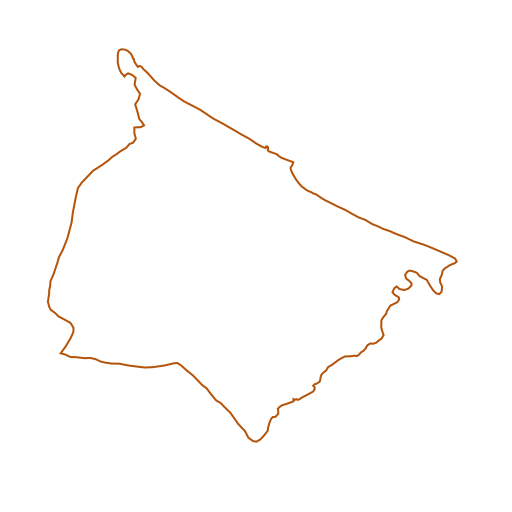 Garraway, Grand Kru, Liberia, rotated 189°
{"feature_id": "62588387B63754413826366", "entity_name": "Garraway", "entity_type": "district", "adm_level": 2, "iso_a3": "LBR", "parent_name": "Liberia", "parent_adm1": "Grand Kru", "projection": "natural_earth1", "projection_center": [-7.918, 4.551], "detail": "fine", "context": "isolated", "style": "outline", "palette": "amber", "viewbox_px": 512, "rotation_deg": 189, "n_neighbors": 0, "source": "geoboundaries", "source_scale": "gbopen_adm2", "svg_char_len": 3846}
<svg xmlns="http://www.w3.org/2000/svg" viewBox="0 0 512 512"><g transform="rotate(189 256 256)"><path d="M216.7,92.9L215.7,97.2L214.4,99.5L211.6,100.2L209.3,103.8L209.9,106.8L210.5,108.5L209.1,110.6L206.8,112.7L203.1,114.5L196.2,118.3L196.6,120.5L195.1,120.0L193.9,121.0L192.9,120.5L191.5,120.7L187.5,124.2L183.7,126.9L180.0,129.8L178.2,131.2L177.2,134.2L177.7,135.7L179.2,136.8L178.1,138.4L175.6,139.8L173.4,142.0L173.2,143.8L173.2,146.8L172.9,148.7L171.2,151.4L168.9,153.7L167.5,157.4L164.0,160.3L161.9,162.5L158.6,165.9L155.4,168.6L152.6,170.6L147.5,171.7L145.3,172.2L143.5,172.9L140.6,173.0L138.8,174.7L137.1,177.4L135.0,179.2L133.1,182.1L132.2,185.0L129.5,187.5L126.4,187.7L123.8,189.1L121.1,192.1L119.0,194.2L117.6,197.9L119.5,201.4L121.1,204.9L121.6,208.4L122.1,212.2L120.8,215.3L118.4,219.3L118.1,222.0L117.4,223.5L115.5,228.1L112.3,230.2L109.2,232.5L107.8,235.5L108.5,237.5L113.1,239.4L115.5,241.4L114.5,245.6L112.3,247.9L109.0,245.8L104.2,245.6L100.3,247.7L97.8,251.4L98.1,253.3L100.9,255.5L104.3,257.3L105.8,260.7L104.0,264.3L101.9,265.7L97.1,265.2L94.4,264.5L91.4,261.8L87.5,260.4L83.6,259.2L79.8,254.3L75.8,250.0L72.3,247.3L68.9,247.1L67.1,249.8L67.4,254.9L70.0,258.9L70.8,261.9L69.5,266.9L69.3,270.7L67.2,273.7L62.7,277.6L58.5,280.0L56.9,281.9L58.8,284.5L65.4,286.9L78.6,290.3L91.3,293.3L102.7,295.1L112.3,298.0L118.7,299.2L123.4,300.3L127.3,301.4L130.6,302.0L131.4,302.1L134.8,302.7L139.7,304.2L146.2,305.7L153.8,308.8L160.4,310.1L167.3,312.5L175.2,315.5L183.5,317.8L195.8,321.7L196.7,321.9L198.2,322.7L199.6,323.1L203.8,325.1L206.1,326.2L207.6,326.5L209.5,326.9L211.2,327.6L213.4,328.1L214.9,328.5L217.4,329.5L219.9,330.9L221.7,331.8L224.9,334.4L228.0,337.4L230.6,340.4L233.1,343.5L234.8,346.2L235.4,347.6L235.7,348.8L234.5,351.0L233.8,354.4L240.0,355.7L246.4,357.0L250.3,358.9L250.5,359.5L251.4,359.7L253.9,360.3L257.0,360.8L259.7,361.4L260.9,362.3L260.8,364.0L261.0,365.2L262.2,366.0L263.1,365.7L263.2,364.3L264.6,364.3L267.7,365.0L273.3,367.1L277.9,369.3L279.4,370.0L281.4,370.9L288.8,373.5L296.6,376.6L309.7,381.6L320.4,385.3L333.6,391.5L342.3,394.5L350.9,397.3L357.6,400.4L365.0,404.1L372.5,407.5L377.9,409.5L383.6,413.2L386.6,415.6L391.5,419.7L396.5,423.0L398.5,424.9L400.7,425.5L401.2,425.2L402.3,424.3L404.7,426.8L405.9,428.1L406.4,428.8L407.6,431.6L408.7,432.1L409.1,433.5L410.4,435.2L411.5,436.5L415.1,438.7L417.7,439.3L421.1,439.2L423.4,437.7L423.7,437.0L424.1,433.8L423.5,430.0L423.3,428.8L422.8,425.4L421.2,421.3L419.9,418.8L417.6,415.6L413.9,412.7L413.5,414.1L410.9,416.4L406.5,415.4L402.7,413.1L402.7,406.2L399.7,402.1L395.9,398.1L396.6,392.3L397.3,390.7L399.1,386.9L398.3,385.3L395.6,379.8L392.6,372.9L389.8,370.6L387.0,367.5L390.4,365.0L391.4,365.0L396.3,363.9L395.3,358.1L394.8,357.0L393.0,352.9L395.2,348.6L398.4,346.9L401.2,342.5L405.1,339.2L406.5,338.1L409.5,334.9L413.4,331.5L416.8,327.3L417.2,326.9L422.5,321.6L430.3,314.7L435.1,307.7L439.6,301.2L442.0,296.3L442.5,295.4L443.2,285.8L443.5,275.1L443.7,271.0L443.4,260.0L444.5,249.3L445.0,244.4L447.6,232.6L448.7,229.0L449.3,227.1L450.4,224.3L451.1,218.3L453.1,206.4L455.1,198.8L454.6,194.8L454.9,189.4L454.6,188.1L454.4,184.3L454.4,178.1L453.9,177.2L452.5,173.8L450.4,170.8L445.6,168.3L441.3,165.3L438.8,164.5L436.5,163.7L429.0,161.0L426.8,158.7L425.0,156.4L424.5,152.2L426.2,146.0L430.0,136.6L433.7,129.3L429.4,128.9L423.5,127.2L418.3,127.9L408.9,128.3L403.9,129.4L398.2,129.0L393.2,127.5L387.9,127.1L381.3,127.2L374.1,128.3L365.8,127.9L354.7,128.2L348.2,128.5L340.3,130.1L331.4,132.9L328.5,133.8L320.9,137.0L318.3,137.7L317.0,138.0L312.7,136.1L306.3,132.0L299.5,128.1L293.1,123.3L288.9,120.1L284.1,117.6L280.1,113.7L279.3,112.9L272.6,107.0L268.1,105.4L263.6,102.0L256.6,97.0L247.5,87.5L242.0,83.2L239.4,81.3L235.2,75.4L229.9,72.7L226.5,72.7L222.8,75.7L219.5,80.8L217.1,85.3L217.2,88.1L216.7,92.9Z" fill="none" stroke="#b45309" stroke-width="2"/></g></svg>